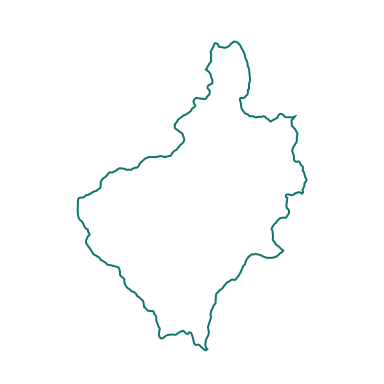 Coto Brus, Puntarenas, Costa Rica (Equal Earth projection), rotated 188°
{"feature_id": "36466004B67962139153797", "entity_name": "Coto Brus", "entity_type": "district", "adm_level": 2, "iso_a3": "CRI", "parent_name": "Costa Rica", "parent_adm1": "Puntarenas", "projection": "equal_earth", "projection_center": [-82.934, 8.894], "detail": "fine", "context": "isolated", "style": "outline", "palette": "teal", "viewbox_px": 384, "rotation_deg": 188, "n_neighbors": 0, "source": "geoboundaries", "source_scale": "gbopen_adm2", "svg_char_len": 5964}
<svg xmlns="http://www.w3.org/2000/svg" viewBox="0 0 384 384"><g transform="rotate(188 192 192)"><path d="M100.7,281.0L103.2,279.6L105.0,279.8L106.7,279.5L107.5,279.2L108.7,279.2L110.8,279.5L111.8,280.7L113.5,281.6L114.8,281.8L115.6,281.5L116.0,281.3L117.2,279.8L117.9,277.1L119.5,276.2L123.9,272.8L124.7,273.0L127.1,274.9L129.0,275.5L130.0,276.7L131.0,277.0L132.2,276.9L133.8,276.0L136.0,275.9L136.8,275.4L138.2,275.2L139.3,274.7L140.1,274.7L141.3,275.4L142.9,275.4L144.4,275.1L146.4,275.5L147.0,276.3L147.7,276.7L150.6,277.3L154.3,281.2L155.3,283.6L155.7,286.1L157.3,289.7L157.5,291.2L157.0,291.9L154.4,292.1L153.2,292.7L152.4,294.1L150.8,296.1L150.5,296.8L150.5,298.8L150.8,300.0L150.8,300.9L150.3,301.2L150.0,302.0L150.0,302.9L150.6,306.5L150.6,307.3L150.1,309.4L150.3,312.8L151.4,316.0L151.4,316.8L152.7,321.9L154.5,324.9L154.9,327.1L156.0,329.5L156.7,330.2L157.2,331.4L157.9,332.3L159.2,336.1L161.2,339.2L163.0,341.3L164.2,343.4L164.9,344.2L165.9,344.7L166.6,345.7L167.1,346.0L167.8,346.4L169.3,346.8L171.4,346.9L172.0,346.1L172.5,345.8L172.8,345.2L173.9,344.6L175.1,342.4L175.9,341.5L177.8,340.1L179.6,339.3L183.7,339.6L185.3,339.5L186.2,340.1L186.5,341.3L187.0,341.9L188.3,342.5L189.9,342.7L190.7,340.9L190.9,339.3L191.3,338.7L191.8,336.5L192.6,335.1L192.9,333.6L192.9,332.8L192.0,330.0L191.9,327.1L191.4,325.1L191.4,323.5L192.8,321.2L193.2,320.0L193.8,319.0L194.5,316.2L195.3,315.1L192.4,313.6L191.2,312.6L190.0,311.1L188.6,307.5L187.6,306.3L187.2,305.0L187.0,303.1L187.1,302.3L189.7,300.6L190.7,299.7L191.1,299.1L191.1,297.3L190.9,296.8L188.7,294.8L188.2,293.9L188.4,290.9L190.4,288.5L190.7,287.3L191.9,285.8L200.9,285.7L202.1,284.7L203.1,282.3L203.2,281.6L202.0,279.5L200.9,278.5L200.8,277.8L201.0,277.3L201.6,276.4L203.7,274.4L203.9,273.3L204.6,271.9L205.9,270.5L209.0,267.7L210.9,266.8L212.3,265.2L215.1,262.6L216.1,261.5L216.3,260.2L218.5,256.3L218.2,255.8L218.2,254.0L217.9,253.1L217.3,252.5L216.1,251.8L214.0,250.9L213.4,250.4L212.1,249.7L210.6,249.2L209.3,248.0L208.8,246.6L207.7,244.8L207.0,242.9L207.0,241.5L208.0,239.3L210.4,236.6L211.0,235.3L211.9,234.3L213.2,231.6L215.1,230.5L215.4,230.1L217.0,227.6L218.3,224.8L220.2,224.3L223.2,223.0L228.8,223.1L229.8,222.6L232.7,221.5L238.3,220.9L240.6,220.2L241.1,219.6L242.7,218.8L243.5,218.1L246.9,214.0L247.7,212.8L248.4,210.5L249.1,209.2L250.7,208.2L252.4,207.9L252.8,207.5L253.9,206.9L255.4,205.5L258.2,205.3L258.7,205.0L260.7,205.1L262.7,205.6L265.8,205.6L267.0,205.4L268.9,204.1L269.4,203.4L270.9,202.0L272.3,201.2L273.3,200.3L276.4,200.0L277.6,198.5L278.0,197.5L279.5,195.4L280.3,194.4L281.6,193.5L282.9,191.5L283.8,189.5L283.9,189.0L283.5,188.0L283.3,186.7L283.3,184.3L283.4,183.4L287.0,179.7L289.0,179.0L291.4,177.1L292.5,175.9L293.6,175.5L293.9,175.1L294.9,174.5L296.5,174.2L298.0,172.1L299.5,171.3L301.8,170.8L303.4,170.0L303.7,169.0L303.7,166.9L303.5,166.1L303.5,165.6L302.5,156.8L301.8,153.7L300.7,150.8L299.5,149.2L296.0,146.6L293.7,142.8L292.4,141.4L291.3,140.7L290.1,140.6L289.4,138.4L287.7,136.1L287.6,134.9L288.7,133.9L289.3,132.5L290.1,129.4L290.1,128.4L289.8,127.1L288.8,125.5L288.2,125.1L287.0,123.4L285.7,122.4L284.8,121.3L284.3,121.0L282.0,117.8L280.6,116.4L278.4,115.8L276.7,114.9L275.3,114.5L274.3,113.8L273.2,112.3L269.1,110.7L267.1,109.5L265.8,108.4L264.9,108.2L262.1,108.2L254.3,107.2L252.7,104.4L252.1,102.5L251.9,100.4L251.8,100.0L250.5,98.7L249.4,98.1L246.8,96.1L246.7,94.6L246.1,92.2L244.3,89.7L243.2,88.5L242.1,87.7L241.0,87.4L238.5,85.6L237.0,85.0L235.8,85.0L234.0,84.0L233.0,83.2L231.9,81.4L230.2,80.7L228.3,79.6L226.9,78.4L225.6,77.6L224.8,76.1L223.2,71.1L222.3,70.9L219.5,68.5L218.4,68.2L217.5,68.2L216.7,68.5L214.1,68.5L213.4,68.2L212.9,67.3L212.5,65.9L210.9,64.8L210.1,63.6L209.7,61.7L209.6,60.1L206.9,55.1L206.7,54.5L204.9,52.3L204.9,50.7L205.1,49.8L205.1,48.7L204.9,46.4L204.3,44.5L203.4,43.4L202.5,42.8L201.4,42.8L200.3,43.4L198.3,45.6L196.5,46.9L191.9,48.2L188.6,48.2L188.0,48.5L187.0,49.7L183.2,52.7L182.6,52.7L181.5,53.3L180.9,53.2L179.3,51.9L177.5,50.8L176.4,50.8L175.3,52.6L173.9,52.6L173.4,52.5L171.4,49.2L168.9,42.6L168.0,41.5L167.3,41.2L166.2,41.2L165.0,41.7L163.8,41.7L162.8,41.1L161.9,40.1L158.6,38.2L157.9,37.4L157.0,37.1L156.3,37.2L155.0,38.6L156.0,39.3L156.6,40.0L157.4,41.8L157.6,42.7L157.6,47.6L155.8,52.8L155.7,54.6L155.8,55.4L157.4,60.5L157.4,61.1L157.0,62.6L155.8,70.1L155.9,71.1L156.6,73.3L156.5,76.7L155.1,80.9L154.8,82.4L154.2,83.8L153.6,84.4L153.2,85.5L153.9,92.5L153.9,94.1L153.6,94.7L153.0,95.6L152.1,96.5L151.4,98.0L150.5,99.0L148.8,100.4L147.1,103.5L144.8,107.2L142.5,108.8L140.6,110.7L139.9,110.9L137.4,110.8L136.6,111.6L134.4,115.1L132.8,119.1L131.0,125.6L129.6,127.6L129.4,128.6L129.4,129.6L128.9,131.1L128.8,132.3L126.4,136.5L125.2,137.3L124.6,138.4L121.3,139.0L120.7,139.4L118.7,139.4L115.8,139.2L112.4,138.0L108.7,137.3L107.5,137.3L105.9,137.7L103.6,137.9L99.8,139.6L98.0,141.2L96.4,143.4L94.2,145.4L93.5,146.5L94.1,147.2L95.9,148.0L97.6,149.5L101.4,151.6L103.0,153.6L105.1,155.5L105.5,156.7L105.6,159.1L105.9,160.7L106.4,162.1L106.6,163.6L106.9,164.6L107.9,166.1L108.0,167.3L106.1,171.6L104.7,173.0L103.8,175.0L101.5,178.0L99.7,179.0L98.8,179.0L97.5,179.4L95.4,179.5L93.1,184.3L93.2,186.3L93.5,187.3L94.1,188.2L95.5,189.1L96.2,190.1L96.6,191.0L96.8,199.4L97.6,199.6L98.3,200.2L98.5,201.0L98.5,202.0L97.1,203.0L92.2,202.8L91.1,203.4L90.3,204.3L90.0,204.9L89.2,205.1L88.8,205.7L87.7,205.9L86.4,206.7L84.7,206.6L82.7,205.7L81.9,207.3L82.0,207.8L82.8,208.8L82.9,209.1L81.8,213.0L81.6,213.2L81.8,216.1L81.3,217.4L80.7,218.1L80.3,220.1L80.7,221.0L81.9,222.5L83.8,226.9L84.2,227.5L85.3,228.4L85.5,231.6L85.8,232.5L88.0,233.8L89.4,236.3L90.4,237.1L91.1,237.1L92.4,236.5L93.7,236.5L95.0,237.3L95.7,238.9L95.8,240.6L96.1,241.9L98.2,246.0L98.6,247.3L98.2,249.9L97.5,251.2L96.5,253.9L95.4,255.8L95.4,258.4L95.8,260.0L95.7,264.4L95.8,264.8L97.2,266.4L98.4,268.5L99.8,269.4L100.7,270.4L102.2,271.2L102.5,271.7L102.6,273.7L103.1,274.7L103.3,276.5L102.8,277.8L101.7,279.0L100.7,281.0Z" fill="none" stroke="#0f766e" stroke-width="2"/></g></svg>